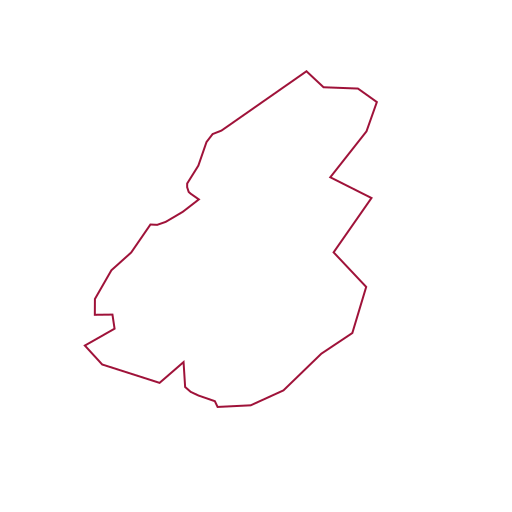 an SVG outline of Aglonas, rotated 322°
{"feature_id": "LVA-5748", "entity_name": "Aglonas", "entity_type": "Municipality", "adm_level": 1, "iso_a3": "LVA", "parent_name": "Latvia", "parent_adm1": "", "projection": "robinson", "projection_center": [27.078, 56.097], "detail": "fine", "context": "isolated", "style": "outline", "palette": "rose", "viewbox_px": 512, "rotation_deg": 322, "n_neighbors": 0, "source": "natural_earth", "source_scale": "10m", "svg_char_len": 666}
<svg xmlns="http://www.w3.org/2000/svg" viewBox="0 0 512 512"><g transform="rotate(322 256 256)"><path d="M192.2,166.2L197.3,170.6L205.8,173.5L225.5,176.1L245.8,176.2L242.9,166.8L242.4,164.1L244.1,159.4L246.4,156.5L266.2,149.3L287.2,135.7L296.9,133.2L306.0,135.9L409.5,141.5L413.1,164.6L439.4,186.8L446.0,209.1L419.8,225.8L363.0,239.7L382.7,281.4L319.4,300.9L323.8,348.2L284.5,376.0L247.3,373.2L194.9,378.8L159.9,370.4L132.8,351.3L134.2,345.1L124.8,330.6L120.9,322.9L119.5,315.6L133.6,295.0L101.9,296.6L68.0,246.8L66.0,221.2L99.8,226.2L106.8,213.8L92.8,203.1L102.6,190.7L133.3,178.2L159.8,176.4L192.2,166.2Z" fill="none" stroke="#9f1239" stroke-width="2"/></g></svg>